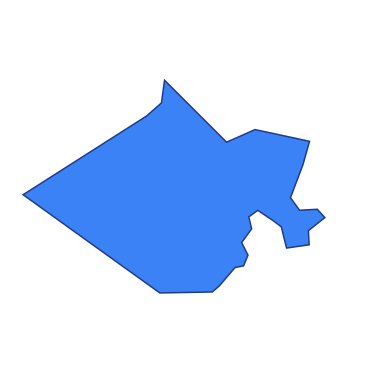 map outline of Taguig (Albers equal-area conic projection), rotated 133°
{"feature_id": "PHL-5558", "entity_name": "Taguig", "entity_type": "Highly Urbanized City", "adm_level": 1, "iso_a3": "PHL", "parent_name": "Philippines", "parent_adm1": "", "projection": "albers", "projection_center": [121.075, 14.506], "detail": "fine", "context": "isolated", "style": "filled", "palette": "blue", "viewbox_px": 384, "rotation_deg": 133, "n_neighbors": 0, "source": "natural_earth", "source_scale": "10m", "svg_char_len": 500}
<svg xmlns="http://www.w3.org/2000/svg" viewBox="0 0 384 384"><g transform="rotate(133 192 192)"><path d="M287.8,146.7L309.2,313.7L167.5,277.1L147.7,275.1L129.0,288.3L132.0,200.7L103.4,188.5L74.8,140.6L96.5,129.4L129.0,116.1L132.0,100.9L119.2,88.6L120.1,77.4L140.9,80.5L150.7,70.3L168.5,84.6L156.6,102.9L157.6,113.1L160.6,131.4L171.4,133.5L178.3,123.3L195.1,121.2L200.0,108.0L210.9,103.9L217.8,109.0L242.4,108.0L251.3,109.0L287.8,146.7Z" fill="#3b82f6" stroke="#1e3a8a" stroke-width="1.5"/></g></svg>